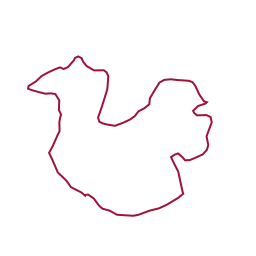 outline of Vasilevo, rotated 65°
{"feature_id": "MKD-2995", "entity_name": "Vasilevo", "entity_type": "Statistical Region", "adm_level": 1, "iso_a3": "MKD", "parent_name": "North Macedonia", "parent_adm1": "", "projection": "natural_earth1", "projection_center": [22.608, 41.545], "detail": "fine", "context": "isolated", "style": "outline", "palette": "rose", "viewbox_px": 256, "rotation_deg": 65, "n_neighbors": 0, "source": "natural_earth", "source_scale": "10m", "svg_char_len": 1382}
<svg xmlns="http://www.w3.org/2000/svg" viewBox="0 0 256 256"><g transform="rotate(65 128 128)"><path d="M82.4,183.0L73.9,178.6L66.6,179.5L64.1,183.0L62.0,188.4L57.8,193.6L52.8,199.4L50.1,202.0L49.0,201.2L47.9,200.3L46.9,191.9L44.4,184.4L43.9,176.8L43.9,169.8L44.3,164.0L45.1,163.3L47.4,161.4L47.4,156.5L45.6,152.6L43.9,148.6L42.1,146.4L42.1,142.9L45.0,140.6L49.2,140.6L54.4,139.3L61.5,134.4L65.4,125.6L68.5,123.9L72.7,123.9L84.3,130.5L92.0,137.5L98.7,143.7L106.0,150.8L110.2,151.3L113.1,149.0L116.3,145.1L120.5,138.9L121.2,130.0L121.2,123.0L120.1,116.8L117.3,111.5L117.0,104.9L115.5,98.7L110.3,95.6L104.3,86.8L100.1,80.2L99.7,74.9L101.9,68.7L105.4,62.9L111.0,52.8L113.8,50.1L118.7,49.2L127.8,49.2L135.9,47.9L137.9,45.6L138.6,47.4L137.7,55.1L139.9,61.7L142.2,61.7L145.7,60.1L149.6,51.2L153.1,48.5L158.2,49.7L168.7,60.3L177.5,62.5L181.0,65.6L183.5,71.3L183.5,78.4L183.2,85.5L181.4,89.9L176.8,91.2L172.2,93.4L171.9,96.9L172.6,101.3L177.5,101.3L188.7,100.9L208.0,105.3L210.9,105.7L212.5,111.9L213.9,124.8L213.9,134.0L212.1,142.9L211.0,155.7L209.7,160.5L206.8,165.8L202.0,174.6L195.2,179.5L190.4,185.2L186.2,187.0L182.0,187.9L177.4,188.8L171.4,192.3L170.7,195.0L171.2,195.4L166.6,197.6L157.5,204.7L150.1,206.0L145.2,207.8L138.6,210.4L124.8,210.0L117.1,210.0L112.5,203.8L105.2,195.4L102.0,191.4L93.2,187.5L87.3,183.0L82.4,183.0Z" fill="none" stroke="#9f1239" stroke-width="2"/></g></svg>